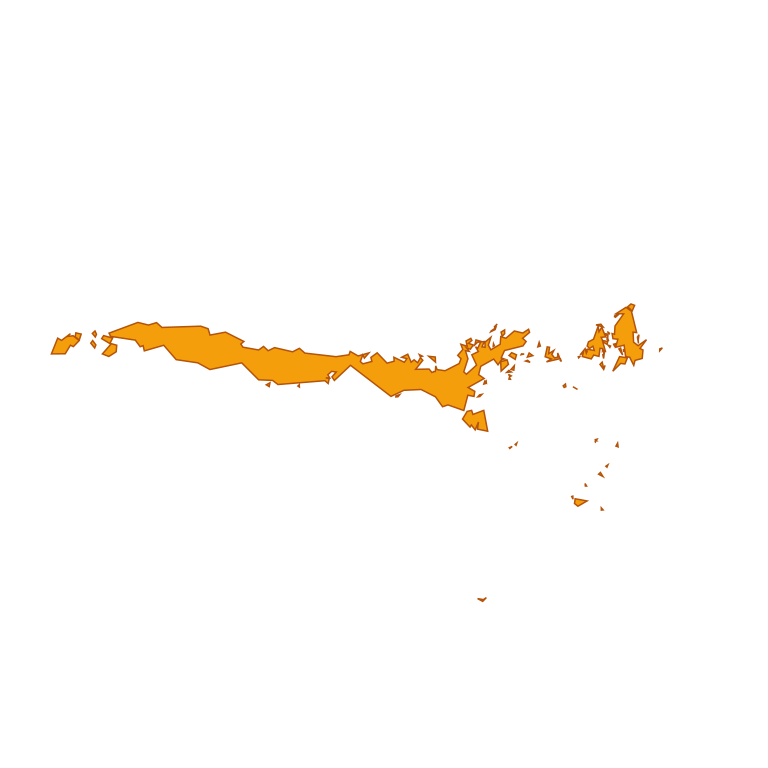 Palawan, Palawan, Philippines (orthographic projection), rotated 53°
{"feature_id": "2640588B20950743061684", "entity_name": "Palawan", "entity_type": "district", "adm_level": 2, "iso_a3": "PHL", "parent_name": "Philippines", "parent_adm1": "Palawan", "projection": "orthographic", "projection_center": [119.327, 9.944], "detail": "fine", "context": "isolated", "style": "filled", "palette": "amber", "viewbox_px": 768, "rotation_deg": 53, "n_neighbors": 0, "source": "geoboundaries", "source_scale": "gbopen_adm2", "svg_char_len": 6207}
<svg xmlns="http://www.w3.org/2000/svg" viewBox="0 0 768 768"><g transform="rotate(53 384 384)"><path d="M443.4,323.8L448.1,319.6L444.5,315.9L437.4,319.0L439.9,300.7L433.5,302.8L428.1,296.1L430.1,281.4L437.3,281.4L435.3,275.4L436.4,272.9L433.7,274.7L429.8,267.6L437.2,250.1L435.6,244.9L430.9,245.8L430.4,236.7L427.3,235.6L426.8,242.5L420.1,248.0L420.8,259.2L416.4,262.2L422.2,267.3L421.0,278.1L415.8,277.3L411.0,270.5L411.4,278.2L415.5,281.2L413.3,283.3L410.4,278.4L408.6,281.4L411.8,287.6L409.4,288.5L414.9,289.1L413.5,296.3L424.6,298.7L425.8,312.3L422.3,313.0L414.4,301.8L406.4,298.9L409.2,296.3L404.7,296.4L408.2,294.1L406.6,289.2L402.3,292.1L402.1,287.6L399.8,287.2L399.0,292.6L403.9,294.8L398.5,298.7L403.9,300.3L405.5,307.9L410.2,307.3L412.9,311.7L410.2,327.2L404.5,332.9L400.7,331.8L404.9,335.5L403.9,336.9L404.1,337.4L403.8,337.9L403.8,338.2L403.6,338.6L403.6,338.8L399.2,339.0L391.3,349.9L388.4,338.7L384.9,339.1L387.3,344.3L382.8,345.4L382.9,349.2L374.5,347.1L373.3,353.8L377.5,350.5L378.9,354.7L368.6,360.0L371.9,362.2L369.2,369.0L355.0,370.7L354.9,378.5L358.7,380.1L355.2,388.7L351.8,389.4L348.0,383.4L351.5,384.1L350.1,377.3L346.0,387.8L337.6,391.4L339.6,394.4L333.3,405.9L311.7,428.6L304.6,430.1L303.3,437.6L289.1,449.5L287.7,456.5L281.5,457.6L281.4,463.6L269.7,474.5L265.9,474.3L265.7,470.3L247.2,479.4L240.2,493.5L234.0,491.2L227.5,495.6L205.2,527.3L198.1,528.7L195.2,536.6L186.7,543.5L177.9,573.0L181.4,573.7L199.3,556.2L207.5,556.3L208.4,553.3L213.3,555.5L220.5,536.6L239.5,535.3L255.0,520.0L267.7,514.3L281.5,484.9L305.2,481.6L314.1,470.8L320.6,469.0L345.8,429.2L350.0,428.3L346.8,424.6L344.0,426.8L346.6,423.7L342.8,423.3L342.4,418.2L345.7,414.9L347.0,421.3L351.3,421.5L348.9,399.5L398.1,385.9L401.0,371.9L410.7,357.7L425.2,350.6L437.4,350.9L439.2,345.5L453.2,336.2L443.4,323.8ZM472.0,136.5L468.7,138.6L469.0,143.2L471.9,142.3L474.0,142.2L474.4,142.7L468.4,144.6L467.5,156.4L472.2,150.4L476.7,164.6L483.0,170.0L481.0,171.5L485.6,173.9L489.0,170.3L494.1,176.9L497.5,168.9L507.4,174.5L510.5,171.7L519.4,173.3L516.2,169.3L519.0,162.4L512.7,156.7L509.7,158.2L506.6,147.7L506.3,158.0L500.8,159.5L492.5,153.9L495.0,151.3L475.7,143.0L472.0,136.5ZM474.9,177.3L469.7,175.9L471.7,180.9L466.8,178.3L474.3,189.7L473.4,195.3L475.9,198.9L479.4,198.4L479.5,194.4L483.8,195.9L478.5,200.7L478.5,201.9L480.1,201.9L481.2,203.9L476.8,202.1L478.8,209.9L478.9,206.0L481.4,209.1L488.7,203.4L487.1,199.1L491.3,195.7L485.5,190.0L487.3,188.1L489.0,189.5L488.7,188.5L490.1,188.8L490.0,188.3L491.2,188.0L491.4,187.6L482.0,183.9L486.6,182.0L484.7,179.8L480.8,183.2L477.4,182.5L479.8,178.6L474.9,177.3ZM469.3,338.9L475.5,338.8L471.2,331.4L476.3,336.5L484.1,329.6L465.1,320.2L461.8,331.3L457.8,329.9L455.9,334.1L459.3,342.4L470.2,341.2L469.3,338.9ZM165.9,601.3L158.4,603.2L155.4,608.4L155.1,604.1L155.1,615.3L151.0,617.0L159.8,631.5L168.0,620.4L164.3,611.1L167.2,609.6L165.9,601.3ZM192.2,574.1L187.7,577.5L190.5,590.8L196.4,587.2L197.1,578.5L192.2,574.1ZM469.7,228.2L463.7,226.6L467.1,228.9L465.8,232.1L461.4,232.2L459.4,228.1L458.9,234.3L454.3,229.7L452.6,231.3L459.2,238.9L464.7,235.3L464.1,240.9L469.7,228.2ZM509.6,173.9L503.9,179.4L511.5,193.6L510.0,182.6L513.0,179.5L509.6,173.9ZM599.6,292.2L590.7,300.4L594.1,303.8L598.3,302.7L599.6,292.2ZM438.9,271.2L436.4,277.4L444.2,282.7L443.2,272.8L438.9,271.2ZM184.0,573.1L176.6,578.8L177.9,582.2L186.7,578.6L184.0,573.1ZM440.4,260.6L435.8,263.2L436.5,267.0L443.3,264.4L440.4,260.6ZM161.9,595.8L157.7,599.3L160.4,602.2L165.5,600.9L161.9,595.8ZM408.8,280.5L404.2,284.0L407.4,287.9L407.0,284.3L408.8,280.5ZM174.0,590.5L174.9,593.6L181.1,593.4L179.4,590.6L174.0,590.5ZM167.7,582.9L168.1,586.5L172.7,586.3L171.3,583.7L167.7,582.9ZM450.9,248.1L446.6,249.4L448.8,253.3L450.9,248.1ZM589.7,264.8L584.9,264.4L585.2,266.9L589.7,264.8ZM393.3,326.8L388.8,331.6L397.5,329.7L393.3,326.8ZM502.2,196.2L503.7,199.1L497.8,196.6L498.3,199.7L504.6,199.8L502.2,196.2ZM504.5,176.0L497.7,173.4L497.4,175.3L504.5,176.0ZM413.4,255.1L413.0,259.3L417.0,260.9L416.5,257.4L413.4,255.1ZM491.2,188.8L490.9,189.5L492.5,190.6L492.3,191.6L495.8,193.3L491.2,188.8ZM317.0,477.2L314.4,474.4L313.8,478.5L317.0,477.2ZM451.1,272.0L447.8,268.9L448.8,273.8L451.1,272.0ZM617.0,436.0L616.2,430.8L616.0,434.4L611.7,438.4L617.0,436.0ZM485.0,178.8L480.7,177.3L482.5,179.0L485.0,178.8ZM451.0,275.1L448.3,276.1L448.6,279.0L451.0,275.1ZM454.1,277.5L451.2,278.8L453.9,278.9L454.1,277.5ZM479.0,175.1L476.8,177.2L480.6,176.5L479.0,175.1ZM470.3,174.7L466.8,174.8L464.4,179.1L470.3,174.7ZM557.6,250.1L556.3,247.0L555.7,248.5L556.7,248.4L556.0,248.9L557.2,250.1L557.6,250.1ZM493.2,239.1L493.3,242.0L495.2,242.2L495.6,240.4L493.2,239.1ZM498.1,150.7L499.1,153.4L504.8,156.4L502.2,154.8L498.1,150.7ZM587.4,283.6L584.5,283.3L586.7,284.6L587.4,283.6ZM401.9,377.8L400.7,381.6L401.5,382.3L402.6,380.4L401.9,377.8ZM335.5,453.4L333.6,452.1L333.8,454.0L335.5,453.4ZM445.1,301.8L442.9,300.5L442.9,301.0L444.1,301.5L442.4,301.8L444.1,304.3L445.1,301.8ZM575.1,234.9L571.8,233.0L573.2,236.1L575.1,234.9ZM491.4,174.3L490.4,176.7L492.4,177.1L491.4,174.3ZM384.9,336.6L381.8,338.1L384.3,338.6L384.9,336.6ZM504.8,232.7L500.9,234.3L499.9,234.8L504.8,232.7ZM522.7,140.0L521.9,142.6L523.4,143.8L522.7,140.0ZM584.6,256.0L583.3,253.8L583.2,256.3L584.6,256.0ZM490.0,180.2L488.0,181.6L490.7,181.6L490.0,180.2ZM589.7,302.4L587.2,300.7L586.8,301.8L589.7,302.4ZM469.6,154.2L468.4,158.8L469.0,159.4L470.0,159.0L469.6,154.2ZM407.4,262.5L405.3,259.4L406.3,262.9L406.1,266.4L406.5,267.3L407.4,262.5ZM454.6,254.3L451.5,255.0L450.9,257.1L454.6,254.3ZM511.0,319.2L510.3,322.3L511.2,322.3L511.0,319.2ZM447.8,236.3L444.1,235.0L446.9,238.8L447.8,236.3ZM451.2,312.0L450.2,314.2L450.7,316.8L451.7,315.0L451.2,312.0ZM404.2,257.5L404.7,261.3L405.3,261.5L404.2,257.5ZM479.9,210.4L479.2,212.5L480.3,212.8L479.9,210.4ZM456.3,280.2L454.1,279.8L455.3,281.3L456.3,280.2ZM616.4,284.8L613.7,285.0L615.5,286.3L616.4,284.8ZM419.8,272.8L417.7,272.3L419.6,274.1L419.8,272.8ZM472.8,228.8L470.8,228.2L471.1,229.0L472.8,228.8ZM444.4,254.0L442.7,256.1L443.1,256.9L444.4,254.0ZM479.2,173.4L476.5,174.1L479.4,173.7L479.2,173.4ZM512.4,315.4L511.1,313.5L511.2,315.6L512.4,315.4ZM502.9,172.2L500.2,171.9L502.2,172.9L502.9,172.2Z" fill="#f59e0b" stroke="#b45309" stroke-width="1.5"/></g></svg>